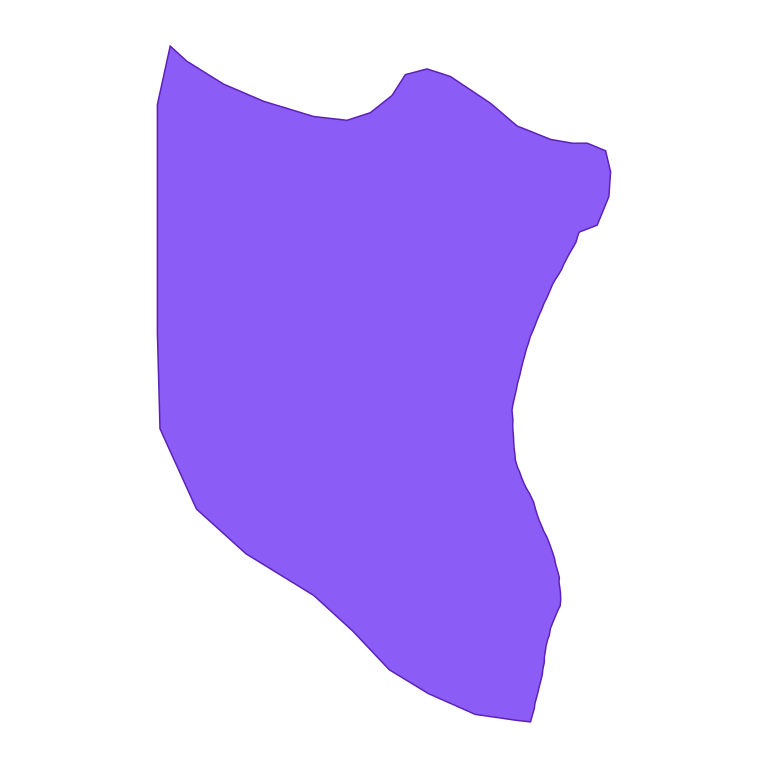 outline of Grande Riviere/White Rock, Gros Islet, Saint Lucia
{"feature_id": "8701671B44431410980873", "entity_name": "Grande Riviere/White Rock", "entity_type": "district", "adm_level": 2, "iso_a3": "LCA", "parent_name": "Saint Lucia", "parent_adm1": "Gros Islet", "projection": "robinson", "projection_center": [-60.954, 14.036], "detail": "fine", "context": "isolated", "style": "filled", "palette": "violet", "viewbox_px": 768, "rotation_deg": 0, "n_neighbors": 0, "source": "geoboundaries", "source_scale": "gbopen_adm2", "svg_char_len": 1588}
<svg xmlns="http://www.w3.org/2000/svg" viewBox="0 0 768 768"><path d="M170.2,46.1L157.4,104.5L157.4,220.5L157.4,274.1L157.4,333.6L160.0,428.8L196.5,509.1L246.0,553.8L313.7,595.4L352.8,631.1L389.3,669.8L428.4,693.6L475.2,714.4L516.9,720.4L530.5,721.9L532.3,715.4L534.3,708.6L534.9,703.7L536.7,697.0L538.2,691.3L539.7,684.8L541.0,680.0L542.3,674.5L542.8,669.6L544.3,662.3L544.4,657.0L545.4,650.8L546.1,645.7L547.8,639.1L549.2,635.5L550.4,628.6L552.7,622.7L555.5,616.0L557.7,610.7L560.2,605.7L560.7,600.0L560.5,593.0L559.9,588.1L559.0,582.1L559.4,577.7L557.3,569.9L555.7,564.5L554.7,559.3L553.1,553.9L550.6,546.8L548.7,541.6L546.9,537.1L543.8,531.3L541.5,525.7L539.4,520.9L537.6,515.9L535.6,509.5L533.6,502.0L531.3,497.2L529.4,493.4L525.9,487.4L523.7,482.7L521.3,476.8L519.6,472.0L517.5,467.3L515.3,459.8L514.9,453.9L514.1,448.6L513.8,443.7L513.4,435.5L512.9,430.1L512.7,425.5L512.9,419.6L512.0,410.3L512.7,405.8L513.7,400.9L514.9,395.9L516.6,388.4L517.4,383.9L518.9,378.4L520.0,374.4L521.5,367.5L523.1,361.2L524.8,355.1L526.5,348.7L528.7,342.4L530.2,336.7L532.2,332.3L534.5,326.8L536.7,320.9L539.0,315.4L542.0,308.7L544.1,303.2L546.3,298.9L548.3,294.5L550.4,289.5L552.8,283.8L556.3,277.9L558.7,274.4L561.8,269.0L563.6,264.6L567.1,257.9L569.8,252.8L573.4,246.9L576.0,242.1L577.6,236.3L579.2,232.1L597.2,225.1L608.9,196.5L610.6,171.8L605.6,150.8L587.2,143.2L572.2,143.2L550.5,139.4L517.1,126.0L490.4,103.2L450.4,76.5L427.0,68.9L405.4,74.6L392.0,95.5L370.3,112.7L347.0,120.3L313.6,116.5L263.6,101.3L223.5,84.1L186.8,61.2L170.2,46.1Z" fill="#8b5cf6" stroke="#5b21b6" stroke-width="1.5"/></svg>